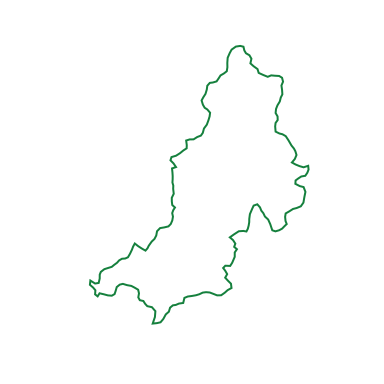 Conceição de Ipanema, Minas Gerais, Brazil (Albers equal-area conic projection), rotated 330°
{"feature_id": "56859067B34184939110586", "entity_name": "Conceição de Ipanema", "entity_type": "district", "adm_level": 2, "iso_a3": "BRA", "parent_name": "Brazil", "parent_adm1": "Minas Gerais", "projection": "albers", "projection_center": [-41.697, -19.901], "detail": "fine", "context": "isolated", "style": "outline", "palette": "green", "viewbox_px": 384, "rotation_deg": 330, "n_neighbors": 0, "source": "geoboundaries", "source_scale": "gbopen_adm2", "svg_char_len": 3079}
<svg xmlns="http://www.w3.org/2000/svg" viewBox="0 0 384 384"><g transform="rotate(330 192 192)"><path d="M251.7,268.8L254.8,267.9L258.0,267.1L258.5,263.9L260.2,260.1L262.4,257.4L266.6,257.4L271.0,257.2L274.6,258.2L279.1,258.8L283.2,256.9L286.5,252.9L290.3,248.6L291.1,243.5L288.3,240.8L285.6,236.6L287.5,233.8L290.9,233.4L294.4,233.2L298.2,234.6L301.5,233.0L304.2,230.8L305.7,227.4L301.0,226.4L298.1,223.4L295.4,219.9L293.3,216.4L297.6,214.8L301.0,212.2L301.9,208.4L302.0,205.3L301.4,201.5L301.4,195.6L301.1,190.5L299.2,187.2L297.0,185.1L294.6,181.5L296.8,176.8L298.9,174.0L302.2,172.5L303.9,169.3L303.9,165.4L306.3,162.1L309.3,159.7L313.3,157.5L316.1,154.6L319.1,152.6L321.1,148.5L322.7,144.5L326.0,142.0L327.1,138.1L325.5,135.1L322.0,132.8L318.9,130.6L315.2,130.1L312.3,126.4L309.3,122.2L310.2,118.3L308.2,113.8L306.9,109.8L310.1,106.3L310.1,102.3L308.1,98.8L308.1,95.6L309.2,91.9L306.8,89.6L302.7,88.0L297.5,88.5L294.2,90.5L290.0,93.6L287.1,97.9L285.0,101.7L282.5,104.8L278.8,105.3L275.0,105.3L272.1,106.8L268.6,108.5L264.8,107.6L262.0,106.4L258.4,107.6L256.0,110.7L252.7,113.8L249.2,115.6L246.1,117.5L245.1,121.8L245.1,125.4L246.5,128.1L247.3,132.4L245.0,135.4L242.1,138.1L238.5,141.1L234.1,143.0L230.9,146.2L227.9,147.6L224.0,147.0L219.7,147.2L216.3,145.3L212.7,144.5L210.9,148.8L209.2,151.5L205.3,151.7L201.0,152.4L196.3,152.6L191.7,151.5L189.2,153.8L190.3,158.0L190.6,162.4L186.5,161.6L184.7,165.6L183.2,168.6L181.6,171.3L179.8,174.0L179.0,177.1L177.3,179.8L175.3,184.4L171.6,186.9L169.8,190.1L168.4,193.4L169.5,196.9L166.6,198.4L164.3,200.4L163.2,203.8L160.7,206.8L157.6,209.1L154.4,210.0L150.3,208.8L146.3,207.3L142.1,208.5L139.3,211.8L136.0,213.9L132.3,214.8L127.7,216.9L125.3,218.5L122.4,219.5L120.4,216.1L118.3,212.0L116.7,208.0L113.6,209.9L111.2,211.9L107.4,214.5L103.9,216.5L100.9,216.2L98.0,214.8L94.7,214.8L91.7,215.8L88.1,216.2L85.1,216.7L81.6,215.9L77.5,215.0L73.1,215.6L70.8,217.4L68.8,220.8L65.7,224.1L62.3,222.8L59.7,217.9L57.2,221.3L58.6,225.3L59.2,228.8L56.9,232.2L58.1,235.2L61.3,233.5L64.5,236.5L67.5,239.5L70.7,241.7L73.9,241.7L76.4,239.5L79.3,236.7L83.1,236.1L86.2,237.0L89.2,240.2L92.5,243.0L94.4,246.0L96.5,249.7L95.4,253.3L92.8,256.4L92.7,259.6L95.4,262.1L95.5,265.3L96.2,268.5L99.7,271.7L100.7,276.9L97.4,281.7L92.2,286.3L96.0,288.0L99.6,289.1L103.7,287.6L108.1,284.9L112.1,284.1L115.2,281.2L118.8,280.6L121.5,281.7L124.9,282.1L128.9,283.7L132.5,279.9L136.1,280.4L139.7,281.9L143.8,283.4L147.2,284.2L151.0,284.5L154.1,285.8L157.1,287.9L159.4,290.7L162.1,294.1L165.6,296.0L170.0,295.6L173.8,294.8L178.2,294.9L179.9,290.9L178.8,286.9L177.9,282.8L181.4,280.7L181.4,276.7L181.0,273.4L184.0,272.5L188.1,275.1L191.4,273.4L194.2,271.3L196.6,269.5L198.8,265.7L202.3,264.0L201.1,260.6L203.7,258.4L203.5,254.2L202.1,250.2L207.2,249.7L212.9,249.4L217.0,251.4L219.4,253.4L221.9,251.8L224.3,249.4L226.5,246.7L228.1,244.0L231.1,240.1L235.9,236.5L238.6,234.6L242.4,235.3L243.2,239.3L242.7,242.8L243.2,246.0L242.9,249.7L244.2,253.9L243.7,258.9L243.0,262.3L242.4,265.3L244.6,267.8L248.3,268.7L251.7,268.8Z" fill="none" stroke="#15803d" stroke-width="2"/></g></svg>